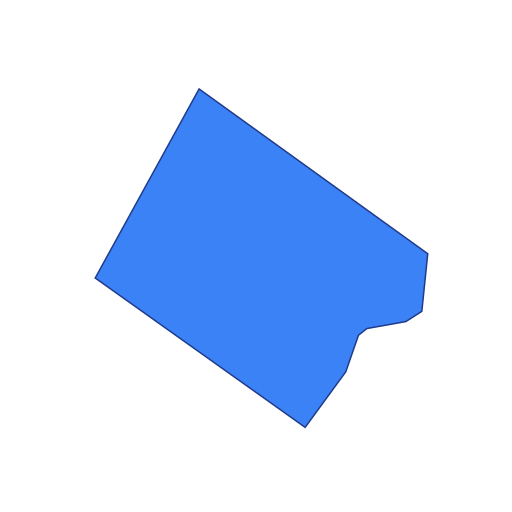 an SVG outline of Lucena, rotated 331°
{"feature_id": "PHL-5560", "entity_name": "Lucena", "entity_type": "Highly Urbanized City", "adm_level": 1, "iso_a3": "PHL", "parent_name": "Philippines", "parent_adm1": "", "projection": "equal_earth", "projection_center": [121.59, 13.937], "detail": "fine", "context": "isolated", "style": "filled", "palette": "blue", "viewbox_px": 512, "rotation_deg": 331, "n_neighbors": 0, "source": "natural_earth", "source_scale": "10m", "svg_char_len": 290}
<svg xmlns="http://www.w3.org/2000/svg" viewBox="0 0 512 512"><g transform="rotate(331 256 256)"><path d="M407.3,337.3L374.2,384.8L355.3,386.0L317.8,373.2L307.2,375.0L278.4,400.8L215.9,429.7L104.7,197.3L287.2,82.3L407.3,337.3Z" fill="#3b82f6" stroke="#1e3a8a" stroke-width="1.5"/></g></svg>